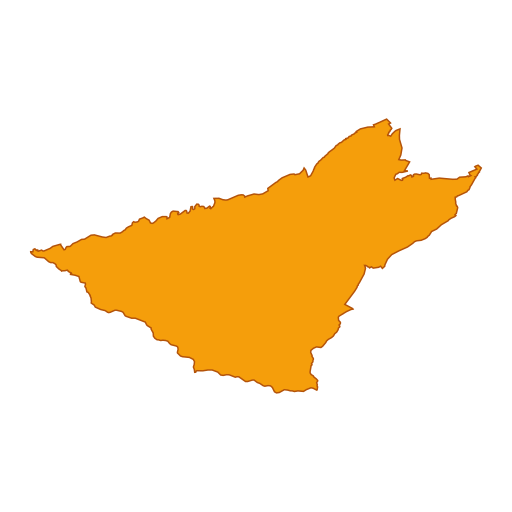 the district of Plopis, Salaj, Romania
{"feature_id": "2599482B94212373707820", "entity_name": "Plopis", "entity_type": "district", "adm_level": 2, "iso_a3": "ROU", "parent_name": "Romania", "parent_adm1": "Salaj", "projection": "robinson", "projection_center": [22.647, 47.107], "detail": "fine", "context": "isolated", "style": "filled", "palette": "amber", "viewbox_px": 512, "rotation_deg": 0, "n_neighbors": 0, "source": "geoboundaries", "source_scale": "gbopen_adm2", "svg_char_len": 6064}
<svg xmlns="http://www.w3.org/2000/svg" viewBox="0 0 512 512"><path d="M316.7,390.1L317.1,389.9L317.6,386.9L317.0,385.9L317.3,384.8L316.6,382.6L317.6,381.2L317.7,380.5L316.3,378.9L314.0,377.1L313.3,375.9L311.1,374.5L310.1,372.9L310.1,371.6L311.1,365.7L312.0,364.8L311.5,363.6L312.9,361.8L312.9,360.5L313.4,359.2L313.3,358.4L312.0,356.4L312.1,355.5L310.7,352.5L310.9,350.4L313.4,348.3L316.5,346.9L320.9,347.5L322.6,346.3L325.8,342.5L326.5,341.0L328.3,339.4L331.5,337.6L333.4,336.0L334.8,333.6L336.6,332.2L338.1,329.7L338.5,328.0L339.8,326.8L339.7,326.0L339.1,325.0L340.2,323.9L340.5,322.9L340.1,321.9L338.6,320.4L338.3,317.2L339.1,316.1L346.5,311.6L351.0,309.5L353.0,309.1L352.7,308.6L344.8,304.4L354.5,291.4L357.0,287.4L357.3,286.0L358.3,285.0L358.3,284.1L359.2,283.0L364.1,274.0L365.5,268.3L365.0,266.5L365.2,266.1L364.7,265.4L365.7,265.4L366.8,265.9L367.6,266.7L368.9,267.1L369.6,267.9L371.4,266.8L373.2,268.1L378.6,267.3L380.6,266.2L382.4,268.4L384.7,266.3L384.9,264.8L387.5,259.2L391.7,254.6L399.0,250.8L407.5,247.0L412.8,243.3L414.5,241.7L416.6,240.8L421.1,240.3L425.1,238.7L427.1,237.4L427.9,236.3L429.3,235.2L431.6,231.5L436.7,229.0L441.4,224.7L448.2,220.7L448.7,219.9L451.0,218.3L454.6,216.7L455.8,215.7L455.1,215.3L455.0,214.6L456.3,213.5L457.7,207.7L457.2,206.2L456.6,206.1L455.6,203.1L455.8,202.2L455.3,199.6L455.2,197.2L456.7,196.9L457.5,195.8L458.2,195.8L466.8,191.8L467.9,190.3L469.0,189.7L470.0,187.4L470.0,186.8L471.5,184.8L475.1,178.3L475.8,177.7L475.8,177.4L475.2,176.8L476.2,176.5L477.4,175.2L477.3,174.6L478.3,173.5L478.7,172.3L479.4,172.1L479.4,171.5L481.3,168.0L478.1,165.2L475.5,166.2L474.8,166.7L476.9,169.1L468.9,172.5L469.9,174.9L470.9,175.6L468.4,176.7L468.0,175.9L465.8,176.8L459.6,177.2L456.9,179.2L452.7,179.3L439.3,178.1L431.1,179.3L431.0,178.1L429.5,178.3L429.2,174.6L427.9,173.4L425.5,172.9L423.9,173.3L421.6,173.2L421.3,174.4L420.0,174.8L416.4,174.0L414.6,174.1L413.5,174.7L413.2,175.6L413.6,176.0L413.3,176.4L411.9,177.0L411.4,175.4L410.4,174.9L408.5,175.9L408.0,175.7L405.7,177.2L402.3,178.5L402.3,178.9L402.8,179.7L402.4,180.3L401.3,180.4L397.6,178.5L394.9,180.2L394.2,178.3L394.2,177.7L395.8,174.3L397.4,173.7L399.2,172.3L402.1,172.4L407.9,171.0L404.5,170.6L409.6,161.9L405.6,160.4L405.3,159.9L401.3,160.1L398.8,159.6L400.8,155.0L402.0,148.0L399.5,139.4L399.4,135.4L400.0,128.9L396.2,130.4L394.9,131.3L392.3,133.8L390.7,136.2L389.1,135.5L387.7,135.5L387.6,134.9L388.7,133.2L388.7,132.3L389.4,132.0L390.0,131.2L390.2,130.2L391.1,129.5L391.8,128.3L388.6,124.0L390.5,123.0L386.6,119.1L375.4,124.2L373.5,124.8L374.3,126.8L367.8,127.1L360.4,128.9L356.2,131.5L356.7,132.2L354.5,133.3L354.2,133.9L351.5,135.1L351.2,135.9L349.1,136.5L348.0,138.0L345.7,138.6L345.9,139.4L344.0,140.0L341.4,142.4L339.9,142.8L338.2,144.1L337.8,144.8L336.1,145.6L334.3,148.2L329.3,151.9L328.2,152.9L328.0,153.6L324.8,156.3L324.4,157.2L323.2,157.5L320.4,160.4L319.2,161.1L318.2,162.4L318.1,163.0L316.8,163.9L314.5,167.4L314.4,168.6L313.8,169.1L313.3,170.9L310.6,175.8L308.0,177.0L305.7,170.1L304.1,168.0L303.1,170.3L299.5,173.8L294.9,174.7L294.1,174.0L290.1,174.4L282.1,177.8L278.3,180.6L277.6,181.6L275.8,182.5L267.8,188.4L268.2,190.7L262.7,193.9L258.9,194.6L254.0,194.0L247.5,195.9L244.8,197.1L244.7,196.1L243.1,194.9L241.2,194.8L238.2,195.3L227.8,199.8L225.9,200.1L222.8,199.7L219.0,198.3L213.9,198.4L214.9,200.9L214.9,202.7L213.4,206.5L212.7,206.8L210.8,208.7L210.0,208.3L210.4,207.3L210.2,206.4L209.6,206.1L206.8,208.2L204.8,208.5L204.6,207.6L203.7,206.5L201.9,206.3L200.2,206.7L199.1,206.2L199.1,205.2L198.5,204.3L196.8,204.1L194.8,206.6L194.8,208.7L193.6,209.5L192.9,209.3L192.5,208.9L192.7,207.0L192.3,206.5L191.0,206.7L190.1,211.1L188.3,213.2L187.1,213.1L186.6,211.0L186.1,210.5L185.1,210.5L180.3,214.1L178.2,214.7L177.8,214.4L177.7,213.4L178.8,212.7L178.1,211.6L173.1,211.1L171.5,212.0L170.9,212.8L170.4,213.6L169.7,217.3L168.4,218.1L167.0,218.7L167.0,217.0L166.3,216.6L162.3,216.6L158.1,218.4L155.9,221.0L153.4,223.0L152.2,223.4L150.5,223.0L149.1,220.2L145.9,218.4L144.3,217.1L142.9,217.9L139.5,219.1L138.5,221.3L137.4,221.9L134.9,222.3L133.7,221.7L132.5,222.7L131.8,225.4L128.5,226.8L126.4,228.1L125.0,230.0L123.8,230.5L122.5,231.7L120.2,233.1L115.3,233.0L112.4,234.5L112.4,235.2L111.1,236.0L109.8,236.1L106.1,237.5L102.4,237.0L94.4,234.9L91.0,235.2L84.5,239.2L81.6,239.4L77.0,242.0L73.0,243.6L70.2,246.4L66.9,246.6L66.1,247.4L65.2,249.4L64.0,249.8L60.7,245.0L60.7,244.3L60.1,244.3L52.8,246.4L50.1,248.4L43.9,251.0L42.7,250.9L41.6,250.1L38.2,251.2L37.8,250.2L37.2,250.5L36.9,249.9L36.2,250.3L34.9,248.8L33.3,249.5L32.8,251.8L30.7,251.7L30.8,252.5L31.5,253.6L35.3,256.5L37.1,257.2L44.3,257.8L48.7,261.7L50.7,262.6L53.0,262.6L55.3,264.0L56.1,264.9L56.3,266.5L58.9,269.0L61.2,270.5L61.6,271.1L62.3,270.8L65.0,270.7L67.3,270.1L68.0,270.7L68.2,271.4L71.3,273.0L71.5,273.4L70.5,273.9L70.5,274.4L75.0,275.2L78.9,276.5L80.3,281.6L81.0,282.2L85.3,283.1L85.5,284.1L84.9,286.6L86.0,288.1L86.9,291.9L88.2,292.4L90.2,295.4L90.0,295.7L91.0,297.9L91.4,301.5L91.2,303.0L94.2,305.1L95.3,307.1L100.6,309.5L105.2,310.6L107.5,312.2L108.7,312.6L110.2,312.3L115.0,310.2L116.5,310.2L121.5,311.4L123.1,312.3L125.1,315.7L126.1,316.3L131.6,318.2L135.3,318.2L145.3,322.1L146.6,324.8L147.3,325.6L151.2,328.0L151.1,329.0L151.4,329.7L153.2,332.9L153.4,336.2L154.9,338.3L157.1,339.8L158.4,339.8L160.7,340.5L162.8,340.2L165.6,340.5L167.8,341.2L169.6,343.5L171.1,344.7L176.2,346.0L177.4,346.7L177.8,347.3L178.1,349.3L177.4,352.3L177.5,353.0L180.5,356.0L182.5,356.7L189.4,357.4L193.3,359.4L194.5,361.6L194.2,364.5L193.4,367.0L194.3,369.4L194.7,372.3L195.7,372.2L196.1,371.2L196.8,370.7L202.8,370.8L207.8,370.0L212.2,370.0L217.8,372.1L220.7,375.0L223.2,375.4L226.5,374.7L229.2,374.8L235.3,377.2L237.0,376.7L238.8,376.8L245.5,381.5L247.7,381.5L252.2,380.1L254.0,380.0L257.3,382.5L259.8,383.4L263.2,385.7L264.8,386.2L268.0,385.6L270.5,385.8L272.4,387.5L274.5,391.8L276.5,392.9L279.3,392.5L284.3,389.7L287.8,390.1L290.2,390.8L292.4,390.9L294.4,391.5L297.9,390.9L303.5,391.4L306.4,389.6L310.9,387.8L313.1,388.2L316.7,390.1Z" fill="#f59e0b" stroke="#b45309" stroke-width="1.5"/></svg>